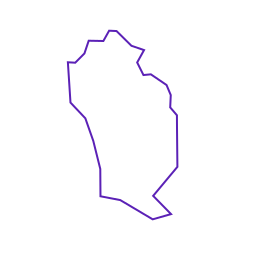 the Metropolitan Borough of Bradford, rotated 40°
{"feature_id": "GBR-5673", "entity_name": "Bradford", "entity_type": "Metropolitan Borough", "adm_level": 1, "iso_a3": "GBR", "parent_name": "United Kingdom", "parent_adm1": "", "projection": "equal_earth", "projection_center": [-1.826, 53.851], "detail": "fine", "context": "isolated", "style": "outline", "palette": "violet", "viewbox_px": 256, "rotation_deg": 40, "n_neighbors": 0, "source": "natural_earth", "source_scale": "10m", "svg_char_len": 473}
<svg xmlns="http://www.w3.org/2000/svg" viewBox="0 0 256 256"><g transform="rotate(40 128 128)"><path d="M164.6,95.4L190.8,126.0L190.9,163.8L216.3,166.3L205.6,182.1L168.4,188.2L150.8,198.0L133.1,177.2L109.7,160.2L89.1,148.0L67.6,145.5L39.7,116.3L45.6,111.9L46.7,98.9L41.8,86.4L53.2,77.2L51.0,65.6L56.9,61.1L77.8,62.8L90.2,58.0L92.9,71.9L105.8,77.5L111.0,72.2L129.9,70.3L139.6,75.3L147.1,85.1L157.3,86.8L164.6,95.4Z" fill="none" stroke="#5b21b6" stroke-width="2"/></g></svg>